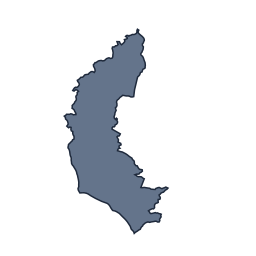 Jaguaripe, Brazil (Robinson projection), rotated 113°
{"feature_id": "56859067B34110890821904", "entity_name": "Jaguaripe", "entity_type": "district", "adm_level": 2, "iso_a3": "BRA", "parent_name": "Brazil", "parent_adm1": "", "projection": "robinson", "projection_center": [-39.007, -13.088], "detail": "fine", "context": "isolated", "style": "filled", "palette": "slate", "viewbox_px": 256, "rotation_deg": 113, "n_neighbors": 0, "source": "geoboundaries", "source_scale": "gbopen_adm2", "svg_char_len": 5131}
<svg xmlns="http://www.w3.org/2000/svg" viewBox="0 0 256 256"><g transform="rotate(113 128 128)"><path d="M96.9,135.0L90.3,136.9L77.9,139.0L76.9,139.0L75.8,138.4L74.4,138.0L73.3,138.1L72.0,138.2L70.9,137.0L69.5,137.2L68.1,137.2L67.1,136.3L66.0,135.7L64.9,136.2L63.6,136.5L62.3,137.2L61.2,137.8L60.1,138.9L58.9,140.0L57.6,141.1L56.3,142.6L56.0,143.9L55.5,144.8L54.4,145.3L52.8,144.8L51.5,144.9L50.0,144.8L48.4,145.2L47.2,145.6L46.5,146.9L45.0,147.6L43.6,147.1L42.6,147.3L41.0,147.2L40.1,147.7L39.2,148.5L38.2,150.5L37.1,154.2L36.3,155.9L35.2,156.3L33.7,156.3L33.4,157.9L34.7,157.9L36.1,157.3L37.4,157.2L38.6,157.9L39.6,159.0L40.2,160.6L41.3,161.4L42.0,162.4L43.1,163.2L42.8,164.3L43.5,165.6L44.7,166.0L45.0,164.2L45.9,163.6L47.1,164.7L48.0,165.9L49.1,164.9L50.4,164.9L52.2,165.6L53.9,166.5L53.2,168.2L51.9,169.6L52.3,170.7L52.8,171.9L54.0,170.8L55.1,169.7L56.6,170.4L57.1,171.5L58.6,172.2L59.5,173.9L61.0,173.7L62.2,172.6L63.3,171.9L64.3,171.2L65.3,170.8L66.6,170.5L67.6,170.1L68.8,169.8L69.8,169.9L70.8,171.0L70.8,172.9L71.5,173.8L72.6,174.9L73.9,175.5L75.1,176.0L76.1,177.4L76.3,179.1L77.0,180.3L77.8,181.4L78.9,182.2L80.2,182.9L80.7,183.9L82.0,184.1L83.3,184.6L84.8,183.7L85.7,182.5L86.6,181.6L87.8,180.8L88.9,180.5L90.1,180.8L89.8,182.4L90.5,183.9L91.8,184.7L92.7,185.2L94.0,185.5L94.9,187.0L95.7,188.3L96.6,188.8L98.0,189.1L99.1,189.8L99.7,191.2L100.9,191.6L102.5,192.3L103.9,193.3L104.7,192.6L105.3,191.6L105.9,190.6L106.7,189.9L107.8,189.8L109.3,190.1L110.5,190.8L110.9,192.1L111.9,192.9L113.5,193.3L115.1,193.5L115.1,192.1L114.0,191.5L113.0,190.9L113.1,189.3L113.6,187.9L115.2,188.7L116.3,188.1L117.3,187.8L118.4,188.3L119.7,188.2L120.7,187.4L121.6,186.8L122.9,186.6L124.0,186.9L125.0,187.2L126.3,187.1L127.7,187.7L129.1,188.2L130.5,187.5L131.7,187.2L131.9,186.1L132.3,184.8L133.6,183.4L134.3,182.4L135.0,181.6L136.0,181.2L136.5,182.4L137.2,183.4L137.0,184.9L137.3,186.3L138.3,187.2L138.9,188.8L139.4,190.0L140.5,190.2L142.0,191.3L142.7,189.8L144.1,189.0L144.6,187.5L145.3,186.4L146.5,185.4L147.8,184.6L149.0,184.8L150.2,185.1L150.6,184.1L151.0,182.7L149.9,182.0L149.7,180.6L150.8,180.3L151.8,179.9L152.8,179.0L152.8,177.5L154.5,176.8L155.7,175.9L156.6,174.6L157.9,173.9L159.3,173.4L160.5,174.4L161.9,174.4L163.2,175.1L164.2,175.4L165.4,176.0L166.7,176.3L167.9,175.9L168.9,175.8L169.8,175.4L170.4,174.3L171.4,173.3L172.6,172.4L173.8,171.7L175.3,170.8L176.3,170.0L177.1,169.1L178.1,168.4L179.7,167.8L181.3,166.8L182.8,166.0L183.9,164.6L184.6,163.1L185.3,162.3L185.9,161.4L186.6,160.4L187.4,159.4L188.6,158.2L190.2,157.1L191.3,156.0L192.5,155.2L193.9,154.2L195.2,153.3L196.5,152.5L197.6,151.9L198.8,151.5L199.8,151.1L201.0,150.5L202.0,150.4L203.4,150.3L204.7,149.4L206.6,146.9L206.0,145.8L204.8,143.2L204.3,140.8L204.3,139.0L204.9,135.7L205.5,130.3L205.6,128.0L205.8,123.7L205.7,121.7L205.5,117.7L205.9,116.1L206.8,114.4L208.6,112.1L209.9,109.9L209.5,107.7L209.5,105.9L209.7,104.7L210.0,102.6L211.6,98.8L212.8,95.7L213.5,94.1L214.6,92.0L216.8,88.7L217.7,87.4L218.9,86.4L220.0,85.3L220.5,83.9L221.2,82.3L222.6,81.1L221.2,80.5L219.1,79.0L217.8,78.3L216.4,77.1L214.7,77.1L213.5,76.8L212.6,76.3L211.1,76.2L209.8,75.5L208.7,75.0L207.9,74.3L206.7,73.0L206.4,71.2L205.3,69.8L204.7,68.8L203.9,67.5L203.2,66.6L202.8,65.4L203.0,64.1L202.3,62.6L200.8,62.5L199.7,63.3L198.4,63.1L196.9,62.8L195.6,63.7L194.4,63.7L194.4,64.8L194.7,66.0L194.6,67.6L195.2,68.6L195.2,69.8L196.3,71.2L197.1,72.3L197.9,73.6L197.5,74.9L196.8,75.6L196.3,76.8L195.1,76.1L193.9,75.1L192.8,74.1L192.5,72.9L191.0,72.4L189.8,73.0L188.3,73.5L187.2,73.3L186.2,72.7L185.6,71.8L184.7,71.1L183.4,71.8L182.0,72.3L181.2,70.8L179.8,70.9L178.7,71.8L178.2,72.8L177.2,73.2L176.4,72.5L175.1,72.2L173.9,71.2L173.2,70.3L171.8,69.7L170.7,69.4L169.2,68.2L167.7,67.7L167.6,70.1L168.8,71.2L169.7,72.3L170.6,73.0L170.6,74.6L170.5,76.0L171.1,77.0L171.9,77.8L172.7,78.7L174.0,79.0L174.7,81.1L175.3,82.9L175.0,84.5L175.4,85.9L175.9,87.9L176.3,89.7L176.9,90.8L177.5,91.8L177.8,92.9L168.4,93.2L168.3,94.8L167.7,96.5L168.2,98.3L168.8,99.5L168.9,100.7L168.4,101.9L168.3,103.3L167.1,102.1L166.6,100.7L165.9,99.8L164.8,99.7L163.6,98.6L162.1,97.9L160.9,98.6L161.2,100.1L161.5,101.3L160.8,102.8L160.0,103.8L159.2,104.7L159.6,105.9L159.0,107.2L158.4,108.2L157.4,108.6L156.5,109.1L155.7,109.9L155.3,111.5L154.2,112.6L153.9,114.5L153.5,116.4L153.0,118.0L152.6,119.9L152.4,122.6L152.3,123.8L152.7,125.8L152.8,127.3L153.0,128.8L151.6,129.0L150.6,128.5L149.8,127.5L149.4,128.6L148.1,129.2L147.0,128.5L146.2,127.8L145.0,128.7L144.9,130.3L144.8,131.7L143.8,131.8L142.5,132.2L141.4,133.6L140.5,134.7L139.5,134.4L138.9,133.1L137.6,132.8L136.4,132.8L135.3,142.2L133.8,142.7L132.7,142.2L132.3,141.1L131.4,140.8L130.3,141.1L128.9,140.0L127.3,139.7L126.1,140.2L125.4,141.2L123.9,141.4L123.5,142.6L125.0,142.8L124.4,144.3L123.2,145.2L121.7,145.3L120.3,145.5L119.3,145.9L117.9,145.9L116.4,145.8L115.3,146.8L114.2,147.5L113.1,146.9L111.7,146.9L109.8,147.8L108.7,148.7L107.4,148.9L106.2,148.7L105.4,148.1L104.4,147.7L103.4,147.5L102.4,147.0L101.4,146.3L100.0,145.7L99.6,144.2L99.4,143.0L99.0,141.7L98.4,140.3L98.2,139.1L98.3,137.7L97.9,136.4L96.9,135.0Z" fill="#64748b" stroke="#1e293b" stroke-width="1.5"/></g></svg>